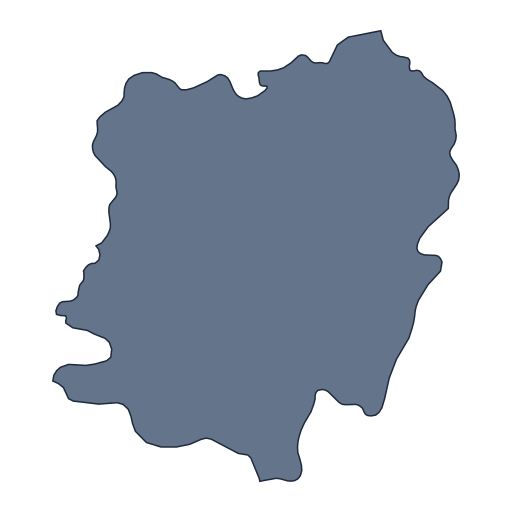 outline of Caras-Severin
{"feature_id": "ROU-278", "entity_name": "Caras-Severin", "entity_type": "County", "adm_level": 1, "iso_a3": "ROU", "parent_name": "Romania", "parent_adm1": "", "projection": "orthographic", "projection_center": [21.99, 45.13], "detail": "fine", "context": "isolated", "style": "filled", "palette": "slate", "viewbox_px": 512, "rotation_deg": 0, "n_neighbors": 0, "source": "natural_earth", "source_scale": "10m", "svg_char_len": 3245}
<svg xmlns="http://www.w3.org/2000/svg" viewBox="0 0 512 512"><path d="M86.0,365.4L94.4,364.1L106.6,360.8L110.8,357.2L111.7,349.1L109.3,342.3L105.0,338.3L94.6,334.2L87.2,330.4L72.8,327.8L65.9,323.1L65.7,320.8L66.5,318.0L65.6,315.8L60.5,315.5L56.5,314.4L55.9,310.8L57.4,306.5L59.6,303.2L62.5,301.7L70.1,301.2L73.3,300.1L77.0,297.0L78.0,295.0L78.2,292.0L79.4,286.1L80.3,284.3L82.9,281.3L83.7,279.5L83.9,277.4L83.9,274.3L83.8,271.7L83.4,271.1L85.6,267.7L88.2,265.0L91.3,263.5L95.0,263.3L98.8,260.1L100.0,254.8L98.6,249.2L96.0,245.9L101.8,242.8L107.2,235.6L108.8,232.3L110.3,228.1L110.4,223.8L108.9,212.3L108.9,208.0L109.7,204.6L115.7,197.2L116.8,194.8L117.0,192.3L116.1,188.0L115.9,185.8L116.1,183.1L116.0,180.2L115.1,177.0L113.5,174.0L111.2,171.3L105.4,166.6L95.3,155.8L93.5,152.6L92.6,148.9L92.4,145.4L93.3,141.9L96.3,136.0L97.5,132.2L97.6,128.6L97.2,124.1L97.1,120.7L99.9,116.9L105.3,112.2L117.8,105.3L121.9,101.0L124.0,96.8L124.1,92.7L124.6,87.9L126.0,83.3L128.8,79.0L134.0,75.4L142.5,72.6L151.7,72.6L156.3,73.9L162.0,77.3L168.8,79.3L172.1,80.8L175.0,82.9L178.9,87.8L181.1,89.7L186.3,89.8L193.5,87.9L207.1,81.7L217.7,75.0L220.6,74.5L224.9,75.8L227.8,78.1L229.9,81.5L232.7,88.4L234.3,91.6L236.4,94.6L238.9,96.6L242.2,98.2L246.0,98.9L251.8,97.9L257.6,95.8L265.2,90.4L267.1,87.8L266.8,86.2L262.7,86.0L261.2,85.5L260.1,84.5L259.4,82.4L258.9,77.5L258.1,74.8L258.4,72.5L260.3,71.0L270.6,71.0L277.5,69.9L283.6,67.8L291.0,62.9L298.5,56.0L301.6,54.8L305.6,55.5L307.8,57.3L311.5,61.5L313.5,62.6L316.0,63.0L320.1,62.6L322.9,62.9L325.3,63.5L327.4,63.4L329.2,62.0L337.4,44.9L348.3,37.1L380.8,30.7L383.3,40.3L392.2,52.3L396.1,55.1L400.3,56.6L403.8,57.0L408.1,58.2L409.6,60.3L409.8,63.2L409.3,66.4L409.7,69.7L411.3,70.9L413.9,70.9L416.6,70.3L419.6,70.9L421.6,72.9L423.4,76.2L427.1,79.4L432.8,82.9L442.6,90.5L447.2,96.2L450.2,102.1L453.8,114.5L454.8,119.4L455.1,124.1L455.0,128.6L456.2,135.6L455.8,139.6L454.3,143.8L450.7,149.4L449.7,152.2L450.3,155.9L452.5,159.9L456.6,165.6L458.3,170.0L459.2,173.9L459.1,177.3L458.5,180.4L456.9,183.9L450.5,193.7L449.1,197.4L448.5,200.4L448.3,208.5L428.2,226.7L419.8,238.2L417.5,244.0L416.9,248.3L418.0,251.6L420.5,253.6L424.3,254.9L435.6,255.4L438.4,256.3L440.5,258.7L442.0,262.1L440.5,271.1L428.0,284.7L418.5,300.2L416.2,306.4L415.1,311.4L414.7,315.8L413.8,321.5L412.1,328.1L408.9,338.1L396.5,359.1L389.2,378.2L384.7,398.4L381.9,407.8L378.9,412.5L375.7,415.1L371.3,415.9L368.0,415.6L365.7,414.5L364.4,412.6L362.4,408.1L360.3,406.4L358.2,405.0L355.6,404.4L345.8,404.7L342.7,404.4L340.5,403.4L338.5,401.9L328.1,391.6L325.4,390.1L322.3,389.5L317.8,390.4L315.9,392.6L315.1,395.6L315.1,399.0L313.6,404.6L311.1,411.5L304.3,423.1L301.1,430.2L299.1,436.5L298.0,441.4L297.5,446.9L297.8,452.5L300.0,459.6L301.4,465.3L301.8,470.5L300.3,475.8L297.9,478.8L294.6,480.6L291.2,481.1L287.7,480.9L280.2,478.8L276.2,478.3L267.2,479.9L259.8,481.3L259.2,478.3L250.8,457.9L247.8,455.0L238.2,453.4L211.1,439.1L206.1,438.1L201.0,439.4L190.0,444.2L176.5,447.0L161.0,447.0L146.4,442.5L135.4,431.3L132.6,423.7L130.9,416.1L128.3,409.3L123.1,404.4L117.2,402.7L98.9,404.1L73.4,401.1L68.6,398.7L63.4,387.5L58.1,383.4L57.9,383.3L52.8,381.0L53.9,375.2L56.7,370.6L60.6,367.2L68.6,364.4L86.0,365.4Z" fill="#64748b" stroke="#1e293b" stroke-width="1.5"/></svg>